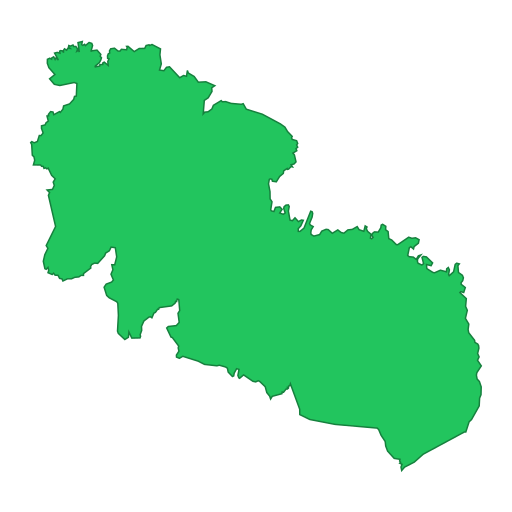 Tzicatlacoyan, Puebla, Mexico
{"feature_id": "50627088B32721400005262", "entity_name": "Tzicatlacoyan", "entity_type": "district", "adm_level": 2, "iso_a3": "MEX", "parent_name": "Mexico", "parent_adm1": "Puebla", "projection": "natural_earth1", "projection_center": [-98.086, 18.816], "detail": "fine", "context": "isolated", "style": "filled", "palette": "green", "viewbox_px": 512, "rotation_deg": 0, "n_neighbors": 0, "source": "geoboundaries", "source_scale": "gbopen_adm2", "svg_char_len": 5887}
<svg xmlns="http://www.w3.org/2000/svg" viewBox="0 0 512 512"><path d="M149.1,44.8L146.1,45.5L144.7,48.4L139.2,48.5L134.2,51.6L128.0,46.3L126.6,46.4L127.2,47.4L126.6,49.8L121.4,49.3L120.0,51.1L118.1,51.1L114.5,48.2L110.7,48.8L109.5,50.8L109.7,53.1L108.3,53.8L107.5,55.9L107.6,58.3L109.0,58.8L107.8,61.5L108.2,65.4L104.2,62.1L102.8,63.0L102.8,64.5L99.9,64.6L99.7,66.1L96.3,66.7L96.0,65.8L94.8,67.4L95.7,65.8L95.0,66.2L99.3,62.7L100.7,60.2L101.5,57.8L100.2,56.3L100.8,54.4L97.0,50.1L91.3,50.9L90.9,51.7L92.6,45.5L91.8,43.4L89.1,42.5L85.4,45.6L84.6,44.3L82.8,45.4L81.7,44.6L82.3,41.5L78.0,42.6L79.3,52.0L78.3,50.4L76.8,51.3L77.6,49.0L75.9,46.5L73.7,46.5L73.0,45.0L70.4,46.1L68.8,45.5L68.5,47.0L70.1,48.4L67.9,48.2L66.6,50.2L64.5,48.8L63.3,50.7L63.7,52.6L62.2,50.8L60.4,50.6L59.6,51.2L60.0,53.2L57.2,52.4L54.6,53.1L58.4,60.1L56.0,57.9L55.1,59.5L53.7,56.8L51.8,57.9L51.6,59.2L49.8,58.2L47.4,59.3L47.3,63.2L48.9,67.7L54.9,74.5L49.6,78.8L54.3,84.3L59.8,85.5L74.2,82.5L76.9,83.5L76.3,96.1L74.5,96.4L73.7,99.4L69.6,103.9L63.6,105.9L62.9,109.2L60.3,112.4L59.5,111.6L53.8,114.7L53.0,112.0L50.6,111.6L48.4,114.4L48.6,115.8L47.0,116.0L48.3,121.1L46.1,122.7L45.1,124.9L41.5,125.8L41.5,128.4L43.1,132.9L41.1,135.6L39.3,135.5L37.4,141.5L34.1,142.8L31.8,141.6L30.7,142.6L31.7,144.5L32.3,155.2L34.0,156.9L34.7,160.3L33.4,164.9L40.6,165.0L41.6,166.3L43.3,166.4L44.0,168.4L45.5,167.8L46.9,168.9L48.2,168.1L51.6,175.3L55.2,178.8L53.2,182.1L54.3,185.4L52.5,189.4L47.1,190.0L49.6,192.6L48.4,195.3L55.6,226.5L46.2,245.6L47.9,248.3L44.8,254.7L43.3,261.3L44.9,268.7L46.2,269.3L48.0,267.4L48.7,270.3L48.0,272.7L52.2,274.5L53.6,273.2L55.1,275.2L58.0,275.3L59.6,278.4L62.0,278.9L62.9,281.0L67.5,278.8L71.5,278.8L74.8,277.3L78.9,276.9L81.0,275.4L83.5,275.4L83.5,273.6L90.8,268.0L90.5,266.7L91.7,264.5L94.6,263.1L97.7,263.4L104.6,255.8L105.6,253.1L109.3,250.8L111.1,247.1L115.3,247.7L116.7,256.9L114.7,264.8L111.8,264.7L112.9,269.8L111.0,274.2L113.4,280.0L111.6,282.1L106.2,284.1L104.1,287.2L106.7,295.5L109.2,297.8L116.7,301.7L117.8,303.3L118.4,315.4L117.5,331.1L118.3,333.4L124.8,339.5L128.4,337.3L128.9,332.0L131.8,338.1L140.0,337.9L140.6,336.2L140.1,334.8L141.7,330.4L141.5,326.4L143.9,321.0L148.8,317.2L150.2,316.7L151.9,317.8L153.9,313.1L155.4,312.4L157.7,309.1L158.6,309.3L159.3,307.6L171.7,305.9L175.1,303.1L175.6,301.4L176.6,301.6L177.2,299.1L177.9,299.2L178.8,299.7L179.7,310.6L178.0,313.3L179.2,322.4L176.3,325.6L168.3,326.5L166.7,328.0L171.0,337.1L172.4,337.6L178.7,346.1L178.2,347.9L178.9,351.2L176.4,355.1L176.5,357.1L179.4,358.3L182.8,356.3L198.0,361.1L204.5,364.4L216.9,365.8L219.3,365.2L225.6,367.0L227.4,368.2L228.2,372.1L232.4,376.5L233.7,375.9L234.2,373.1L236.6,368.7L239.0,369.4L237.9,375.4L238.8,377.8L239.6,378.3L243.6,374.9L252.9,381.3L255.7,381.9L258.3,380.7L260.0,381.7L265.2,386.7L266.8,392.6L269.7,396.2L270.6,399.0L272.3,396.3L281.9,393.7L282.2,392.0L283.5,392.3L286.0,389.1L287.4,389.0L287.4,387.5L288.4,388.0L288.6,386.1L289.9,385.6L290.4,383.8L299.7,409.2L299.8,414.6L309.8,419.5L335.1,424.4L377.2,428.1L378.7,429.6L381.1,435.3L385.2,441.5L385.7,446.0L387.6,451.1L394.2,458.4L400.0,459.3L399.6,461.0L400.6,462.2L399.7,463.2L402.0,464.3L401.0,467.0L401.7,470.5L404.6,467.1L414.3,462.1L423.2,454.2L464.3,432.0L465.8,432.0L469.1,421.8L471.5,419.6L479.2,405.9L479.6,398.1L481.0,394.7L481.2,386.9L479.4,381.5L477.1,379.0L476.4,375.2L476.8,372.7L481.3,365.9L477.5,360.3L479.1,356.9L477.6,353.5L478.9,348.2L478.6,345.6L477.7,344.0L474.9,342.4L474.6,340.3L468.7,332.7L468.1,329.5L468.8,324.1L465.4,318.4L467.3,310.3L465.6,306.4L466.3,298.6L459.9,292.6L460.8,291.6L463.7,292.5L465.3,287.6L461.2,284.3L461.1,282.7L462.7,280.7L463.4,277.8L462.4,275.3L458.5,272.5L457.9,265.7L459.3,263.9L456.7,263.2L455.2,264.4L453.6,271.8L449.2,275.7L448.6,274.6L449.4,269.8L448.3,267.5L446.7,268.8L446.4,271.8L440.4,270.2L434.5,272.8L433.0,272.5L426.8,268.6L426.5,264.5L431.1,265.7L432.6,262.9L426.4,256.9L423.3,256.4L422.0,257.4L423.6,263.7L421.8,265.0L418.0,263.2L417.4,261.4L417.7,258.9L420.8,255.0L418.4,255.8L416.2,259.4L413.3,257.1L409.2,256.7L407.7,255.5L409.3,247.8L410.8,246.7L413.5,249.0L414.1,246.6L418.4,243.2L419.1,239.7L415.6,237.8L411.9,238.3L408.7,237.2L397.7,244.7L396.3,244.6L391.7,240.0L388.8,238.6L388.1,231.6L385.6,229.7L385.8,226.3L382.6,224.3L381.2,225.1L380.8,227.8L378.2,232.1L374.4,231.9L372.5,233.4L371.8,235.2L373.1,237.4L371.7,238.8L370.4,238.2L371.0,234.2L367.6,231.4L366.3,228.7L367.0,227.0L365.2,225.9L363.8,231.3L359.1,229.7L357.2,226.6L352.3,229.4L347.9,229.9L343.9,233.2L341.1,232.5L337.8,229.9L332.3,233.3L328.2,229.6L326.1,229.3L321.8,231.1L319.6,234.6L313.8,236.1L311.1,234.4L310.8,232.6L311.2,229.9L313.2,226.6L310.3,225.0L309.5,223.5L312.1,217.1L312.7,213.4L312.1,211.7L310.7,211.2L304.0,228.1L300.0,231.4L298.3,231.4L298.2,228.7L300.8,225.9L303.3,220.3L301.5,220.0L298.4,221.6L295.0,217.8L292.4,220.7L290.0,220.1L288.4,211.1L289.2,206.5L288.4,204.9L286.0,205.1L284.1,206.7L283.7,208.5L285.2,212.9L283.3,214.3L279.7,213.0L282.1,209.3L279.8,206.9L275.5,207.4L273.9,211.5L271.4,210.9L270.7,209.8L272.0,201.8L270.1,198.9L270.0,191.7L268.5,183.8L269.3,179.4L270.2,178.9L271.9,179.3L272.4,181.2L276.3,181.8L279.6,176.5L283.3,173.4L283.7,170.8L287.1,168.5L287.4,169.4L288.6,169.1L291.0,166.6L292.5,166.9L291.1,164.7L294.0,164.0L296.0,161.9L294.4,154.9L292.9,153.1L296.8,150.7L296.0,148.6L297.7,147.2L296.6,144.9L297.7,143.5L296.6,140.7L292.1,139.4L291.6,137.6L292.2,136.4L287.5,131.5L284.9,127.1L280.4,123.9L262.3,114.2L246.3,109.2L243.2,103.7L241.3,104.3L231.1,103.4L225.6,101.6L222.3,101.8L221.2,100.6L213.4,105.3L211.9,109.0L208.1,111.8L204.8,112.1L203.2,113.9L204.3,100.4L208.2,97.8L212.0,91.4L211.7,87.8L214.8,85.7L205.9,81.8L198.3,82.2L194.2,76.5L188.3,73.0L187.4,70.5L186.5,76.3L183.6,75.5L179.7,77.7L169.5,66.8L166.5,67.3L163.9,70.7L159.5,70.1L161.3,63.9L159.9,54.8L160.5,48.9L152.0,44.5L149.6,45.5L149.1,44.8Z" fill="#22c55e" stroke="#15803d" stroke-width="1.5"/></svg>